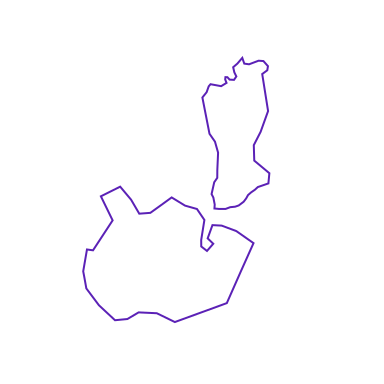 an SVG outline of Incheon, rotated 116°
{"feature_id": "KOR-2495", "entity_name": "Incheon", "entity_type": "Metropolitan City", "adm_level": 1, "iso_a3": "KOR", "parent_name": "South Korea", "parent_adm1": "", "projection": "mercator", "projection_center": [126.55, 37.458], "detail": "fine", "context": "isolated", "style": "outline", "palette": "violet", "viewbox_px": 384, "rotation_deg": 116, "n_neighbors": 0, "source": "natural_earth", "source_scale": "10m", "svg_char_len": 1164}
<svg xmlns="http://www.w3.org/2000/svg" viewBox="0 0 384 384"><g transform="rotate(116 192 192)"><path d="M289.7,261.2L287.8,255.4L252.3,250.9L235.8,272.0L218.7,258.9L225.6,243.4L234.6,229.9L229.0,220.3L216.9,213.8L205.8,207.9L207.3,192.3L205.1,180.1L211.7,168.6L231.1,162.7L236.9,159.8L238.4,152.7L229.2,150.2L226.8,157.6L212.8,159.1L209.2,150.6L207.7,135.0L211.0,114.3L241.9,113.3L276.6,112.0L316.4,150.4L316.4,170.5L323.6,187.2L334.5,194.4L341.0,205.0L334.6,226.0L325.0,244.7L316.1,251.2L311.0,255.0L289.7,261.2ZM183.6,144.1L186.3,146.8L188.9,151.0L192.5,154.4L195.3,160.1L197.0,164.6L193.3,166.1L187.6,170.4L185.3,173.5L173.5,176.3L168.2,175.5L161.1,178.9L145.2,185.8L136.7,193.4L132.0,201.8L102.5,224.1L95.9,222.6L89.7,223.3L87.0,222.6L84.1,212.2L78.8,208.8L76.3,211.5L74.1,212.3L73.3,210.5L74.5,207.5L72.8,203.4L68.7,202.8L65.9,206.4L61.8,209.7L56.7,207.5L49.4,205.6L53.7,201.3L52.2,196.7L44.8,189.7L43.0,185.2L45.6,178.9L49.6,177.7L55.2,180.6L85.9,159.1L107.9,156.7L122.8,157.0L136.5,149.8L141.2,130.7L150.8,127.1L158.7,135.0L162.5,136.5L166.4,138.7L170.2,140.3L174.0,140.5L178.1,141.3L183.6,144.1Z" fill="none" stroke="#5b21b6" stroke-width="2"/></g></svg>